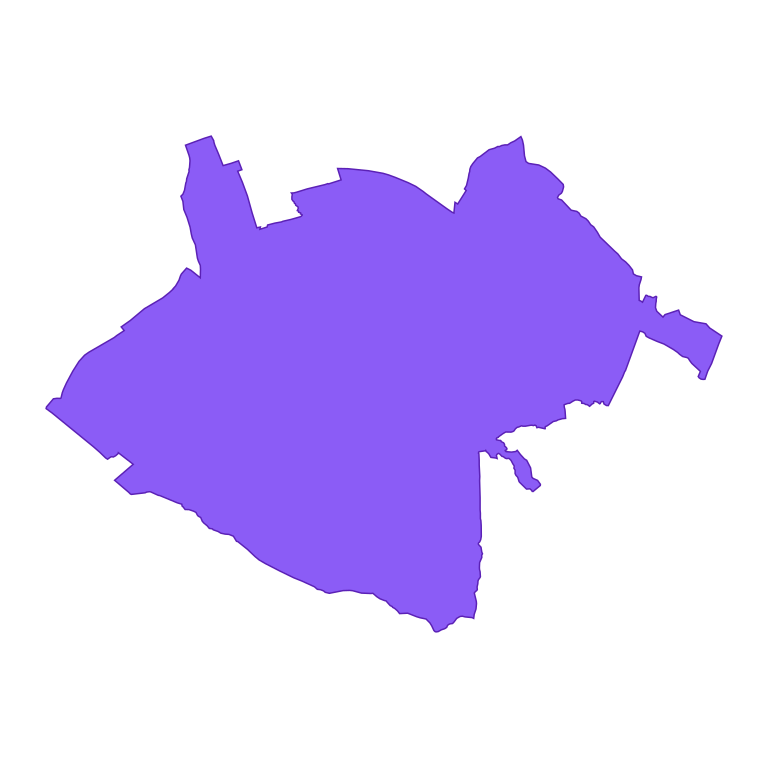 the district of Ardeoani, Bacau, Romania
{"feature_id": "2599482B27984899635194", "entity_name": "Ardeoani", "entity_type": "district", "adm_level": 2, "iso_a3": "ROU", "parent_name": "Romania", "parent_adm1": "Bacau", "projection": "natural_earth1", "projection_center": [26.618, 46.525], "detail": "fine", "context": "isolated", "style": "filled", "palette": "violet", "viewbox_px": 768, "rotation_deg": 0, "n_neighbors": 0, "source": "geoboundaries", "source_scale": "gbopen_adm2", "svg_char_len": 6116}
<svg xmlns="http://www.w3.org/2000/svg" viewBox="0 0 768 768"><path d="M473.7,618.4L474.2,614.4L476.0,609.0L476.5,603.6L476.3,601.3L474.3,593.0L475.4,591.6L476.8,590.5L477.3,589.6L477.1,586.9L477.8,583.9L478.0,581.0L478.5,579.7L480.0,577.6L480.4,576.7L480.1,571.8L479.5,569.4L479.4,567.7L479.6,562.6L481.8,557.5L481.7,555.2L482.5,553.8L481.8,552.1L481.0,547.2L478.7,544.7L478.3,544.0L478.5,543.0L479.7,541.9L480.7,539.7L481.3,536.4L481.2,525.7L480.9,520.7L480.4,518.6L480.4,513.1L480.1,509.9L480.1,497.5L479.6,480.5L479.8,476.5L479.2,465.0L479.2,460.3L478.9,453.7L478.5,453.4L478.6,452.1L479.7,451.6L485.3,450.8L485.7,450.4L486.2,451.6L487.0,452.1L488.7,453.7L490.9,457.4L495.7,458.0L497.1,458.5L496.4,455.4L496.9,454.4L497.8,453.7L498.6,453.4L499.6,453.9L502.0,456.4L503.2,456.6L505.3,458.2L506.5,458.6L508.6,458.4L509.3,458.6L511.1,460.5L512.9,464.0L514.1,465.7L514.2,466.4L513.9,468.2L515.1,470.2L515.1,473.6L516.0,475.4L517.5,477.0L517.9,477.8L519.0,481.4L519.5,482.2L526.2,488.8L526.7,489.1L529.8,488.8L531.6,490.3L532.2,491.4L533.1,491.5L540.3,485.5L540.4,484.3L537.6,480.4L533.1,478.4L531.8,477.0L530.6,467.9L526.7,460.3L524.4,458.9L520.4,454.5L517.2,450.3L515.8,451.5L511.5,452.1L506.0,451.6L505.2,450.7L505.2,450.4L506.7,449.7L506.9,448.4L505.6,446.8L504.6,446.1L504.5,444.3L503.6,442.8L501.2,441.6L500.9,440.7L500.4,440.4L499.1,440.4L496.5,439.8L496.3,438.9L496.7,438.0L498.3,437.3L498.3,437.0L502.7,433.8L505.7,432.0L511.1,432.1L512.8,431.6L514.1,430.8L515.4,428.8L517.2,427.3L518.7,427.0L521.5,425.8L522.9,426.2L525.4,426.2L530.4,425.3L531.9,425.2L533.3,425.6L534.9,425.1L536.2,425.8L536.9,427.7L538.5,427.3L545.1,428.8L545.2,428.7L545.1,427.2L545.4,426.6L547.2,425.8L553.3,421.5L556.4,420.8L558.0,419.9L562.3,418.7L565.6,418.4L565.1,411.3L564.9,409.4L564.3,407.3L564.1,405.0L564.2,404.7L567.9,403.4L569.6,403.3L572.9,401.2L575.3,400.0L577.8,400.0L580.9,400.8L581.7,401.6L581.7,403.2L584.1,403.5L585.7,404.5L587.3,404.6L589.6,406.3L592.1,404.0L593.7,403.2L593.8,401.5L594.5,401.2L597.5,402.1L599.6,403.8L600.3,403.5L600.8,402.3L601.4,401.6L603.3,401.6L604.0,404.0L606.4,405.5L608.3,405.6L622.6,376.9L624.8,371.4L625.4,370.8L639.8,331.1L642.6,331.8L644.9,333.3L646.2,336.3L649.3,338.0L657.1,341.4L663.9,344.0L673.4,349.5L677.7,352.5L679.6,354.3L682.6,356.5L687.1,357.6L688.3,358.3L689.7,360.6L691.8,363.4L700.4,371.4L698.2,376.5L699.1,377.8L701.0,379.1L703.0,379.4L704.9,379.3L707.7,371.2L711.6,363.5L718.7,344.0L721.9,336.1L709.7,328.0L706.0,323.8L694.0,321.7L680.3,314.8L678.6,310.1L665.0,314.6L663.0,317.1L656.8,311.3L655.5,307.7L655.8,303.3L656.2,301.4L656.3,298.7L656.6,297.7L656.6,296.8L656.3,296.5L655.8,296.4L653.4,297.6L652.4,297.6L649.9,296.4L648.4,296.4L646.7,295.3L645.8,295.4L642.5,302.2L641.1,301.2L639.2,300.4L638.9,287.8L639.3,284.8L641.0,279.6L641.5,276.9L636.4,275.7L633.4,273.9L632.5,269.9L629.1,265.5L625.6,261.9L621.5,258.8L617.9,254.0L614.7,251.2L600.1,237.1L597.4,232.3L593.7,226.9L590.7,224.7L588.2,221.0L585.9,218.7L580.9,216.1L579.0,213.0L576.8,211.4L571.2,210.2L561.6,200.0L558.1,198.8L557.5,197.4L558.8,195.1L561.4,193.2L562.4,191.4L563.6,186.9L563.2,184.4L558.0,179.1L550.6,172.0L545.4,168.1L538.8,165.0L528.6,163.4L526.0,161.6L524.5,155.9L523.5,145.1L522.4,140.0L520.9,136.6L514.6,141.0L510.9,142.7L507.6,144.9L504.8,144.9L501.7,145.5L499.4,146.6L497.8,146.5L494.5,148.2L489.1,149.7L480.2,156.5L477.5,157.9L472.8,163.6L470.8,166.6L469.9,169.2L469.7,171.5L469.0,173.8L468.3,178.0L466.5,185.5L464.5,188.9L466.2,190.5L457.7,204.0L455.0,202.3L453.9,213.0L452.2,212.3L447.0,208.8L426.2,193.9L423.2,191.5L415.8,186.4L408.2,182.7L395.3,177.4L388.5,174.9L383.0,173.3L368.3,170.7L347.9,168.7L337.6,168.5L341.1,179.9L328.6,183.9L327.9,183.6L325.0,184.6L307.2,188.9L296.6,192.2L293.8,192.9L291.4,193.0L292.3,194.4L291.9,196.7L291.9,199.3L292.8,200.8L294.0,201.8L294.4,203.2L295.4,203.8L295.7,205.2L297.9,206.8L298.3,208.2L297.3,210.6L298.4,211.0L298.6,212.2L300.6,212.9L300.5,213.9L302.1,214.7L302.2,215.1L301.3,216.2L300.5,216.7L291.1,219.4L282.8,221.3L281.6,221.9L274.9,223.1L267.6,225.0L267.1,227.0L259.9,229.3L260.4,227.0L256.8,227.8L252.1,212.8L247.4,195.9L242.4,182.3L237.7,171.2L241.9,169.7L238.5,160.8L231.2,163.3L223.1,165.6L218.5,153.9L214.8,145.2L213.9,142.1L213.7,140.6L211.2,136.1L204.2,138.3L185.5,145.2L189.1,155.6L189.7,158.0L190.0,160.8L189.5,167.5L188.9,169.9L189.1,171.4L186.7,178.7L186.4,181.6L185.8,183.0L184.5,190.3L182.9,194.2L180.9,196.2L182.9,201.3L183.8,209.5L187.1,217.5L190.1,227.2L191.3,234.0L192.3,238.1L195.4,244.8L197.4,258.1L198.4,261.2L200.3,265.4L200.5,269.2L200.3,277.8L190.8,270.2L186.6,268.1L181.4,274.0L180.5,275.8L179.0,280.2L175.6,286.0L173.2,288.6L173.4,288.8L169.4,292.5L162.7,297.9L144.4,308.7L130.3,320.5L121.2,326.9L124.2,330.6L116.8,335.5L114.1,337.6L88.9,352.2L84.6,355.2L79.0,361.4L72.9,371.0L66.5,382.9L63.4,389.7L62.3,392.7L61.0,398.0L60.5,398.4L56.9,398.3L53.4,398.8L46.5,406.9L46.1,408.6L52.0,412.9L93.4,446.7L99.7,452.2L105.7,458.0L107.6,459.2L110.5,457.1L111.7,456.7L113.3,457.0L115.6,455.8L118.1,453.6L118.3,452.7L133.2,464.3L114.6,480.3L128.6,492.2L130.4,494.0L131.4,494.4L145.2,492.8L146.6,492.1L149.4,491.7L150.7,491.9L158.2,495.3L159.9,495.6L177.2,502.8L181.8,504.2L182.1,506.1L183.1,506.9L185.1,509.5L189.0,509.6L193.6,511.2L196.0,512.4L197.3,515.0L198.2,516.1L200.7,517.5L202.3,521.3L204.2,523.4L207.1,525.7L209.3,528.4L212.5,528.9L213.2,529.8L218.1,531.5L220.9,533.2L225.1,534.1L229.0,534.4L233.4,536.2L236.5,541.3L237.8,541.6L247.4,549.3L255.2,556.7L259.2,560.0L265.6,563.7L280.2,571.2L293.8,577.8L301.8,581.0L314.5,586.8L317.3,589.3L320.5,589.7L323.6,590.9L325.2,592.3L329.4,593.3L343.1,590.6L349.6,590.4L352.6,590.7L361.5,593.1L370.9,593.5L372.9,593.3L376.8,596.7L380.0,598.8L384.6,600.6L385.9,600.8L390.2,605.6L392.2,606.5L392.6,607.3L394.8,608.5L397.5,610.9L399.6,613.6L407.7,613.2L416.6,616.7L420.2,617.8L426.0,619.0L429.9,622.9L431.7,625.8L433.9,630.5L434.9,631.5L436.0,631.9L438.2,631.6L441.4,629.8L444.7,628.7L446.7,627.4L447.4,625.7L448.4,624.6L449.9,623.9L452.6,623.5L454.1,621.9L456.7,618.4L460.0,616.5L462.3,616.2L465.1,616.9L472.1,617.6L473.7,618.4Z" fill="#8b5cf6" stroke="#5b21b6" stroke-width="1.5"/></svg>